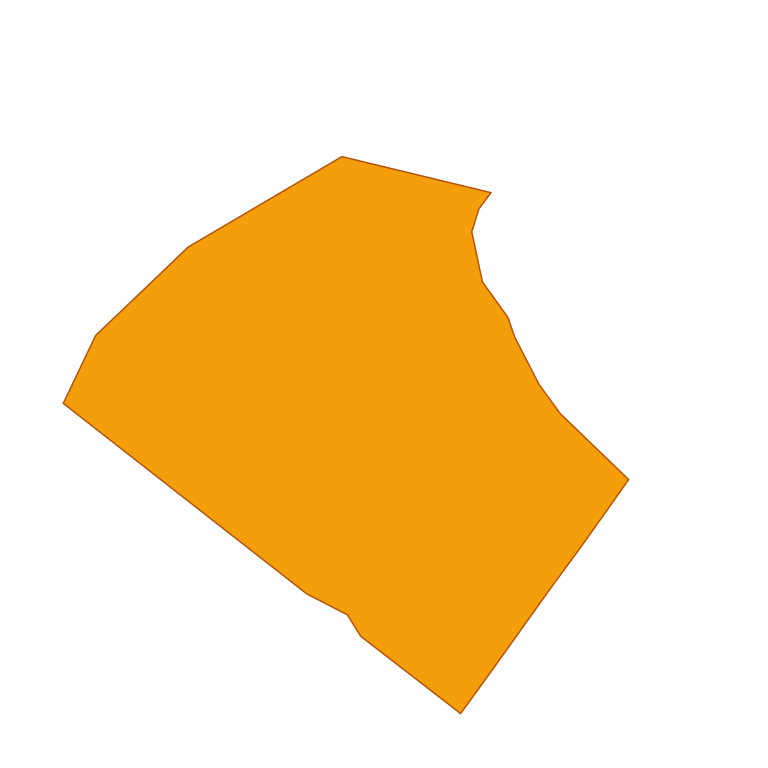 Logan, Kentucky, United States of America, rotated 307°
{"feature_id": "52423323B14651853731347", "entity_name": "Logan", "entity_type": "district", "adm_level": 2, "iso_a3": "USA", "parent_name": "United States of America", "parent_adm1": "Kentucky", "projection": "albers", "projection_center": [-86.828, 36.858], "detail": "fine", "context": "isolated", "style": "filled", "palette": "amber", "viewbox_px": 768, "rotation_deg": 307, "n_neighbors": 0, "source": "geoboundaries", "source_scale": "gbopen_adm2", "svg_char_len": 507}
<svg xmlns="http://www.w3.org/2000/svg" viewBox="0 0 768 768"><g transform="rotate(307 384 384)"><path d="M601.1,354.2L596.4,343.2L540.2,213.5L375.6,145.2L283.1,130.1L249.4,124.5L175.5,139.5L169.9,448.7L177.6,493.6L168.5,517.2L166.9,643.5L214.6,642.7L316.2,640.1L316.8,640.0L366.9,639.4L387.3,639.0L401.6,638.5L403.7,638.4L406.8,638.4L454.9,636.9L466.4,542.5L477.0,508.0L500.1,460.2L511.8,442.8L524.8,401.1L558.4,362.5L581.0,354.4L601.1,354.2Z" fill="#f59e0b" stroke="#b45309" stroke-width="1.5"/></g></svg>